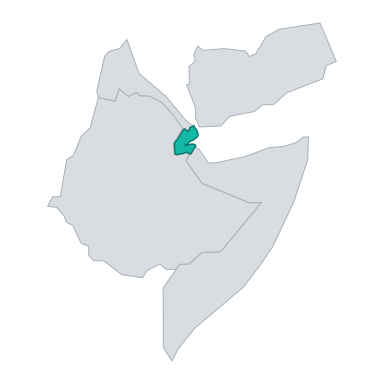 Djibouti shown with its bordering countries
{"feature_id": "DJI", "entity_name": "Djibouti", "entity_type": "country or territory", "adm_level": 0, "iso_a3": "DJI", "parent_name": "Africa", "parent_adm1": "", "projection": "robinson", "projection_center": [42.635, 11.825], "detail": "fine", "context": "with_neighbors", "style": "filled", "palette": "teal", "viewbox_px": 384, "rotation_deg": 0, "n_neighbors": 4, "source": "natural_earth", "source_scale": "50m", "svg_char_len": 2446}
<svg xmlns="http://www.w3.org/2000/svg" viewBox="0 0 384 384"><path d="M163.3,347.5L163.2,288.0L179.7,264.3L188.9,264.0L201.8,252.5L220.6,251.7L261.1,202.7L249.1,202.8L202.0,183.4L185.9,160.7L194.3,146.2L199.0,149.2L208.3,162.8L215.4,162.9L244.6,156.7L269.4,147.6L282.1,146.7L296.3,142.6L303.1,137.0L308.5,137.0L307.7,159.6L294.0,201.4L272.9,246.2L260.6,264.5L243.7,286.8L194.2,328.7L178.4,348.5L171.9,361.0L163.3,347.5Z" fill="#d9dde1" stroke="#a8b0b8" stroke-width="1"/><path d="M98.3,97.8L96.8,91.3L104.6,56.4L109.2,51.4L119.7,48.7L126.9,39.4L138.9,73.3L166.2,96.7L186.4,121.1L193.4,126.0L189.1,130.0L182.9,128.5L162.1,102.8L149.7,96.2L139.9,96.0L136.5,92.6L128.1,96.5L119.4,89.1L114.9,101.2L98.3,97.8Z" fill="#d9dde1" stroke="#a8b0b8" stroke-width="1"/><path d="M320.0,23.0L336.3,61.4L326.0,65.8L323.1,78.6L286.2,93.1L273.5,104.7L262.9,104.6L254.5,111.4L229.8,116.3L220.7,126.0L199.2,127.0L195.4,117.5L195.8,108.5L186.6,84.9L189.4,84.1L189.1,66.4L195.3,61.2L193.9,54.3L197.6,46.2L203.5,50.5L223.8,48.6L245.6,51.1L249.2,56.5L255.8,53.8L265.9,36.7L279.1,29.3L320.0,23.0Z" fill="#d9dde1" stroke="#a8b0b8" stroke-width="1"/><path d="M261.1,202.7L220.6,251.7L201.8,252.5L188.9,264.0L179.7,264.3L175.8,269.4L165.9,269.4L160.1,263.9L146.9,270.7L142.7,277.6L121.9,274.7L103.7,260.8L93.7,260.8L88.7,255.4L88.8,246.2L81.3,243.5L72.9,225.7L66.3,221.9L63.8,215.4L56.6,207.4L47.7,206.3L52.7,197.0L60.3,196.6L66.7,159.8L73.6,155.2L81.3,136.1L90.0,128.0L98.3,97.8L114.9,101.2L119.4,89.1L128.1,96.5L136.5,92.6L139.9,96.0L149.7,96.2L162.1,102.8L172.2,113.7L182.9,128.5L173.1,143.4L174.4,152.9L185.9,152.0L189.0,154.9L185.9,160.7L202.0,183.4L249.1,202.8L261.1,202.7Z" fill="#d9dde1" stroke="#a8b0b8" stroke-width="1"/><path d="M195.8,145.6L194.5,147.8L192.9,150.6L191.1,153.8L190.0,153.8L189.1,153.6L188.5,153.1L187.3,152.5L185.9,152.4L184.6,153.0L182.3,153.7L180.3,153.9L178.6,154.3L177.3,154.7L176.1,154.5L175.0,154.1L174.8,150.7L174.5,147.0L174.6,144.1L174.9,142.5L175.3,141.9L177.2,139.7L177.8,138.8L180.0,135.2L181.9,132.1L183.3,129.8L183.8,129.3L184.4,128.9L184.8,129.0L187.5,131.3L188.0,131.2L188.9,130.5L189.7,128.1L190.3,127.2L190.6,127.3L192.3,126.6L193.9,125.8L194.1,126.6L196.5,129.8L197.3,131.4L198.1,134.3L197.7,135.9L197.1,137.0L196.1,137.9L192.9,140.2L189.4,141.7L187.1,144.6L185.4,144.4L185.6,145.5L186.3,145.6L187.3,145.4L189.2,144.6L191.0,144.2L192.9,144.1L194.6,144.5L195.8,145.6Z" fill="#14b8a6" stroke="#0f766e" stroke-width="1.5"/></svg>